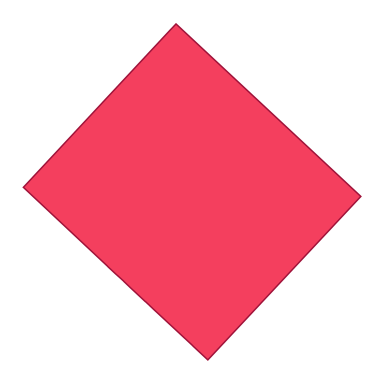 Pipestone, Minnesota, United States of America (Natural Earth projection), rotated 313°
{"feature_id": "52423323B28464929299777", "entity_name": "Pipestone", "entity_type": "district", "adm_level": 2, "iso_a3": "USA", "parent_name": "United States of America", "parent_adm1": "Minnesota", "projection": "natural_earth1", "projection_center": [-96.389, 44.023], "detail": "fine", "context": "isolated", "style": "filled", "palette": "rose", "viewbox_px": 384, "rotation_deg": 313, "n_neighbors": 0, "source": "geoboundaries", "source_scale": "gbopen_adm2", "svg_char_len": 414}
<svg xmlns="http://www.w3.org/2000/svg" viewBox="0 0 384 384"><g transform="rotate(313 192 192)"><path d="M303.9,318.5L304.0,65.7L295.5,65.6L80.4,65.5L80.1,180.7L80.0,182.1L80.0,190.1L80.0,191.4L80.2,202.2L80.1,203.6L80.0,212.5L80.0,213.8L80.0,223.0L80.0,224.6L80.0,232.5L80.1,233.0L80.0,244.4L80.0,245.7L80.1,297.0L80.0,298.2L80.0,318.1L303.9,318.5Z" fill="#f43f5e" stroke="#9f1239" stroke-width="1.5"/></g></svg>